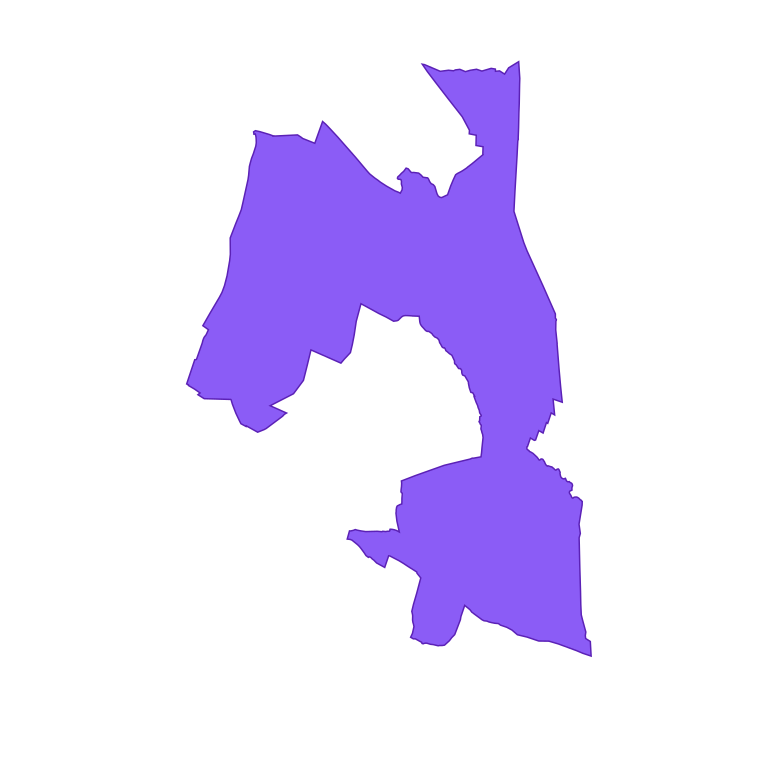 outline of San Jerónimo Tecuanipan, Puebla, Mexico, rotated 169°
{"feature_id": "50627088B48077381885537", "entity_name": "San Jerónimo Tecuanipan", "entity_type": "district", "adm_level": 2, "iso_a3": "MEX", "parent_name": "Mexico", "parent_adm1": "Puebla", "projection": "equal_earth", "projection_center": [-98.397, 19.039], "detail": "fine", "context": "isolated", "style": "filled", "palette": "violet", "viewbox_px": 768, "rotation_deg": 169, "n_neighbors": 0, "source": "geoboundaries", "source_scale": "gbopen_adm2", "svg_char_len": 6164}
<svg xmlns="http://www.w3.org/2000/svg" viewBox="0 0 768 768"><g transform="rotate(169 384 384)"><path d="M211.8,230.9L212.3,231.5L212.5,232.2L213.3,232.8L214.6,234.8L215.8,235.9L216.6,236.3L218.2,236.6L219.3,236.5L219.9,236.1L220.5,236.0L221.1,236.4L221.4,237.2L221.8,239.0L222.8,241.5L222.8,242.0L222.6,242.6L222.4,243.0L221.7,243.5L221.2,243.7L219.9,243.8L219.6,244.7L219.4,246.2L218.3,248.2L218.3,249.6L218.6,250.5L219.1,251.1L220.0,251.7L220.8,252.9L222.0,252.8L223.0,253.6L223.4,254.2L223.9,256.8L224.4,256.8L224.8,256.5L226.2,256.7L227.6,257.9L228.2,259.3L228.3,260.7L228.3,262.7L228.0,263.3L228.0,264.0L228.6,266.6L229.0,267.3L230.2,267.4L231.6,266.7L231.9,266.7L232.8,267.5L233.6,268.9L234.7,270.0L235.0,270.6L235.9,270.9L238.6,272.4L239.4,272.2L240.1,273.3L240.6,273.9L241.1,275.9L241.4,277.4L242.0,278.4L242.1,279.0L242.4,279.6L243.3,280.3L244.3,280.4L245.4,279.7L246.1,279.7L246.6,280.5L247.1,281.7L247.8,283.1L251.0,287.5L252.9,289.2L254.2,290.1L254.4,291.0L255.8,292.3L256.1,293.1L255.9,294.2L255.8,294.9L255.1,295.2L250.6,303.0L247.2,300.0L245.9,300.1L240.9,308.7L237.2,305.5L231.9,315.1L230.8,314.1L225.4,323.7L222.4,321.1L220.9,336.9L212.5,332.1L211.8,340.2L211.1,347.8L209.4,364.4L207.2,383.8L206.5,390.0L206.3,390.7L205.1,404.3L203.3,412.8L202.7,413.7L202.5,414.5L203.2,415.9L202.4,420.1L209.0,449.2L218.2,487.5L219.8,496.2L223.5,528.7L218.8,547.7L209.9,582.4L206.3,597.0L205.5,598.6L205.3,600.0L203.0,609.8L199.8,624.6L197.7,633.6L193.6,652.8L192.4,658.0L190.3,674.7L201.3,670.6L206.5,665.2L210.8,669.3L214.9,669.7L214.6,671.9L218.6,673.4L228.2,672.5L233.1,675.3L239.5,675.5L244.5,675.1L249.5,678.4L254.0,678.7L256.0,678.2L260.8,679.7L269.1,680.2L283.3,689.8L285.4,690.6L281.9,682.5L275.7,669.9L266.3,651.2L256.2,631.4L251.7,616.8L252.6,613.3L246.0,610.6L248.2,600.6L241.5,598.0L243.1,590.9L243.0,590.3L255.8,583.3L260.1,581.2L261.8,580.2L265.6,578.6L267.8,577.8L270.2,577.1L271.9,576.6L273.8,575.7L277.0,571.3L280.8,565.6L285.5,557.6L291.8,556.0L293.6,556.7L295.0,558.3L295.7,560.9L296.4,568.2L297.6,570.3L299.5,571.7L300.6,574.1L301.1,576.5L301.8,578.0L306.2,579.5L307.8,582.1L309.7,584.4L314.5,586.0L316.3,586.2L317.1,586.8L319.2,590.6L321.1,591.7L324.1,589.0L326.7,587.5L329.0,585.8L330.8,584.8L331.6,583.5L331.1,582.4L330.1,582.0L329.0,581.8L328.3,581.2L328.2,579.5L328.8,577.0L328.5,573.5L329.2,571.2L331.6,568.2L333.1,569.4L336.4,571.5L343.8,577.8L349.0,582.8L351.0,585.1L353.8,588.0L358.0,593.0L359.8,596.0L368.7,612.0L382.2,635.1L387.9,644.3L391.7,650.2L394.2,653.4L406.0,633.5L417.2,640.7L417.4,641.1L418.5,642.3L421.3,645.0L445.1,648.4L444.9,648.6L445.6,648.8L448.9,650.8L457.9,655.5L461.9,657.2L463.9,656.4L464.0,654.0L462.6,653.9L462.5,651.0L462.8,648.5L463.4,645.0L464.5,641.9L468.3,635.0L471.0,630.7L473.1,626.5L474.6,623.3L477.1,614.6L478.5,610.6L488.0,588.7L490.8,582.4L494.7,576.2L498.7,570.1L507.1,556.7L510.1,540.6L512.0,534.4L517.4,520.2L521.8,511.0L525.5,504.9L528.8,500.8L541.2,486.8L550.7,475.8L546.0,470.8L547.9,468.1L549.2,466.3L551.4,464.4L552.3,463.3L553.5,461.3L554.6,458.9L563.0,444.6L563.4,444.0L564.1,443.8L565.1,444.0L577.7,421.7L576.1,420.5L576.3,419.9L570.9,415.1L566.3,410.3L568.7,409.0L563.3,403.9L537.4,398.1L537.1,397.7L536.7,393.3L536.1,389.8L535.0,383.6L532.8,375.0L532.0,372.3L527.5,368.6L527.2,369.2L517.2,360.8L510.4,362.1L508.1,362.8L489.7,371.7L487.5,373.3L485.2,374.1L499.9,384.4L474.7,391.7L462.4,402.9L455.6,417.4L449.2,431.4L422.3,412.7L418.2,416.0L411.0,421.2L407.5,428.9L403.8,438.1L399.3,450.8L391.3,467.2L375.5,454.1L369.1,449.3L362.6,443.8L359.2,443.6L357.8,443.9L353.9,446.5L351.9,447.2L350.0,447.1L348.1,446.7L344.1,445.7L343.3,445.4L336.5,443.8L337.0,438.1L336.9,436.2L336.5,434.8L335.9,433.5L333.6,429.7L333.0,428.6L331.6,427.4L330.1,427.1L329.1,426.2L327.3,424.3L326.9,423.1L325.3,420.6L323.2,419.1L322.2,417.7L321.6,416.4L321.5,413.9L320.9,412.6L319.9,409.3L318.8,408.1L317.8,408.0L317.3,407.1L316.9,404.9L315.9,403.8L313.9,401.2L311.9,399.3L310.4,393.3L310.7,391.5L310.7,390.4L309.6,389.2L307.8,385.0L307.1,384.7L306.0,384.5L305.2,382.7L305.3,381.3L305.5,380.2L305.4,378.9L305.0,377.7L303.1,376.5L300.8,370.0L301.0,368.4L301.0,364.0L300.5,360.3L300.3,359.2L298.6,358.5L297.7,356.0L297.4,354.6L298.0,354.7L297.9,353.8L297.0,348.2L296.2,344.9L296.1,342.8L295.5,340.0L295.6,337.4L294.5,334.7L294.8,334.0L296.2,333.6L297.2,329.5L297.8,329.2L297.9,328.8L297.3,327.4L297.2,326.6L297.0,325.8L296.4,325.0L296.6,324.0L297.4,321.6L297.4,320.7L297.2,319.8L297.1,317.5L296.8,315.7L297.0,312.5L300.0,302.7L301.4,297.8L302.7,294.0L310.3,294.1L311.6,294.4L313.7,293.9L340.4,292.7L370.8,288.1L385.4,285.5L385.6,283.2L386.3,280.3L387.4,276.9L387.9,275.0L387.7,274.1L387.0,273.4L387.0,272.8L387.3,271.7L388.2,268.5L389.0,264.5L389.5,262.8L390.9,262.7L394.2,261.8L395.1,260.7L396.1,258.0L396.3,256.8L396.9,254.9L397.5,247.0L397.2,235.8L399.5,237.7L401.8,239.0L403.8,239.8L405.7,240.3L406.1,239.7L406.2,238.9L407.0,238.5L407.9,238.6L408.7,238.8L410.5,238.8L413.4,239.7L414.2,239.4L418.7,240.7L430.1,242.6L434.7,244.2L438.3,245.7L440.0,246.6L441.9,246.2L444.7,246.1L445.9,246.4L449.7,238.8L446.9,237.9L445.3,236.9L440.6,231.3L439.1,229.1L437.7,226.4L435.9,222.6L434.4,219.0L432.4,216.8L431.8,217.1L431.0,216.9L430.1,216.3L428.8,214.3L427.7,213.2L425.4,209.7L418.3,203.8L412.2,214.5L411.1,214.1L403.0,207.7L399.6,204.6L395.1,200.2L387.7,193.2L387.7,191.9L384.9,186.6L391.9,172.2L397.1,162.1L400.1,155.5L400.0,152.5L400.1,150.9L401.0,146.9L401.1,144.4L400.9,142.8L400.9,140.1L403.7,133.7L406.2,130.3L403.8,128.2L401.9,127.9L396.3,123.2L396.2,122.1L395.2,121.5L394.2,121.7L392.8,121.7L391.4,121.4L388.0,119.6L385.4,118.8L380.8,116.7L379.4,116.7L376.7,116.2L374.4,116.1L368.8,119.5L365.9,122.1L362.4,124.5L354.0,138.0L352.9,141.0L347.0,151.3L342.6,145.9L341.3,143.2L332.7,133.8L331.0,132.5L328.2,131.6L326.6,130.5L324.1,129.3L320.9,128.0L317.4,127.0L315.7,125.1L309.8,121.7L305.3,118.0L300.9,112.4L291.9,108.3L281.2,102.2L271.2,100.1L262.5,95.6L245.7,85.4L240.2,81.7L232.6,77.4L230.6,91.9L234.6,95.7L234.4,98.6L233.2,102.0L234.1,114.1L234.4,119.8L232.9,130.0L230.7,142.7L226.9,165.9L221.8,195.8L219.8,199.8L219.3,209.2L212.6,227.4L211.8,230.9Z" fill="#8b5cf6" stroke="#5b21b6" stroke-width="1.5"/></g></svg>